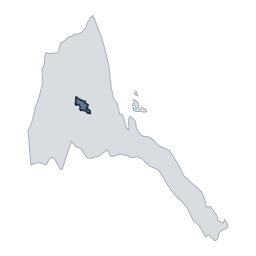 location of Hagaz, Anseba, Eritrea
{"feature_id": "51966322B93716709446742", "entity_name": "Hagaz", "entity_type": "district", "adm_level": 2, "iso_a3": "ERI", "parent_name": "Eritrea", "parent_adm1": "Anseba", "projection": "equal_earth", "projection_center": [38.261, 15.755], "detail": "fine", "context": "in_parent", "style": "filled", "palette": "slate", "viewbox_px": 256, "rotation_deg": 0, "n_neighbors": 0, "source": "geoboundaries", "source_scale": "gbopen_adm2", "svg_char_len": 5079}
<svg xmlns="http://www.w3.org/2000/svg" viewBox="0 0 256 256"><path d="M30.9,165.0L29.9,153.5L29.3,145.8L28.7,137.6L28.0,130.0L30.9,125.2L32.2,120.7L35.6,106.2L37.0,103.3L39.6,95.5L40.0,93.2L42.7,83.4L42.4,76.9L41.9,70.3L43.4,66.4L44.6,63.3L44.6,60.7L45.1,54.5L45.6,53.0L47.1,52.9L50.3,53.7L52.7,53.1L55.4,53.1L57.5,52.9L58.7,51.0L60.4,43.9L61.5,42.4L62.4,42.0L64.8,40.7L66.8,38.6L68.5,37.1L69.1,36.8L70.9,36.6L72.6,35.7L73.5,34.7L75.7,33.9L77.9,34.4L79.3,33.5L80.3,32.9L81.4,32.9L82.4,32.1L82.8,30.8L83.5,30.0L85.2,28.1L86.0,26.8L86.3,25.4L86.7,24.4L87.4,22.6L90.4,18.0L93.0,15.4L101.9,38.3L105.6,51.9L108.8,66.1L111.2,87.5L113.5,98.4L117.2,103.8L119.7,113.9L121.9,114.3L123.4,117.1L126.1,126.7L128.1,130.2L129.1,127.2L128.9,125.4L128.2,122.5L128.9,118.7L130.3,116.4L133.8,119.5L135.6,121.9L136.1,126.6L136.9,129.2L140.5,134.7L143.5,136.3L147.5,136.7L150.7,137.9L153.4,139.9L158.3,145.5L169.6,150.5L178.7,165.6L184.1,176.0L201.7,191.9L204.7,199.5L206.4,207.0L210.1,206.6L216.4,214.8L218.3,221.0L223.5,223.3L224.4,219.6L226.9,222.6L228.0,227.3L224.6,229.1L221.0,230.8L220.5,230.7L219.3,232.9L217.6,238.8L215.7,240.5L214.7,240.6L208.9,235.1L208.0,234.8L206.8,235.9L205.9,237.0L203.2,232.8L201.3,229.1L198.5,224.7L195.9,222.8L193.1,220.3L190.3,214.5L187.4,208.1L183.2,202.9L175.3,195.4L168.1,185.9L162.6,176.0L159.0,170.9L157.5,169.5L150.2,166.3L145.1,161.8L141.1,158.0L138.7,157.0L136.4,156.9L131.4,157.7L127.2,155.3L125.5,155.3L122.7,154.6L120.5,153.8L118.0,154.8L112.7,156.5L110.6,156.1L109.4,153.8L108.7,152.0L106.9,150.1L105.4,150.1L104.6,151.8L99.1,156.0L89.9,158.3L87.7,158.1L86.1,156.5L81.5,149.3L80.2,148.1L79.1,148.0L77.0,147.2L75.0,145.8L73.2,142.8L71.4,141.2L69.5,146.9L66.2,157.0L64.4,162.4L62.1,169.4L61.4,169.6L60.2,169.1L55.6,160.4L52.7,157.1L50.6,157.4L49.0,159.1L48.0,161.9L46.9,163.7L45.8,164.4L43.3,164.1L39.4,162.7L35.5,163.0L31.4,165.0L30.9,165.0ZM138.6,107.4L139.8,109.5L140.7,109.3L141.3,108.6L141.8,107.1L146.5,110.1L146.3,112.0L143.4,112.1L140.2,111.3L137.2,111.6L133.6,110.7L132.8,107.4L135.1,109.0L136.3,108.6L136.5,108.2L134.9,105.9L132.6,105.5L132.7,103.7L133.7,103.0L134.4,102.1L133.1,99.7L135.6,100.2L137.2,101.7L138.3,103.4L138.6,107.4ZM136.6,91.9L137.6,95.8L134.7,94.3L134.2,93.5L135.5,92.0L135.8,91.1L136.6,91.9Z" fill="#d9dde1" stroke="#a8b0b8" stroke-width="1"/><path d="M88.2,105.0L88.1,104.9L87.9,104.8L87.7,104.7L87.4,104.5L87.2,104.5L87.1,104.4L87.0,104.1L86.8,103.9L86.6,103.7L86.4,103.6L86.2,103.6L85.9,103.5L85.7,103.5L85.5,103.4L85.4,103.3L85.2,103.3L85.1,103.1L85.0,102.7L85.0,102.3L85.0,102.1L85.0,101.9L85.1,101.7L85.4,101.5L85.5,101.5L85.5,101.4L85.4,101.3L85.2,101.3L84.9,101.4L84.7,101.4L84.5,101.2L84.3,101.2L84.2,101.2L83.9,101.2L83.7,101.2L83.4,100.9L83.2,100.8L83.0,100.7L82.9,100.6L82.7,100.6L82.4,100.7L82.2,100.7L81.9,100.7L81.7,100.6L81.4,100.5L81.4,100.4L81.3,100.2L81.2,100.1L81.1,99.9L80.9,99.9L80.7,99.7L80.4,99.5L80.2,99.5L80.1,99.4L79.9,99.4L79.6,99.3L79.4,99.4L79.1,99.1L78.9,99.0L78.8,98.9L78.6,98.7L78.4,98.6L78.2,98.4L78.1,98.2L77.8,98.0L77.7,97.9L77.4,97.9L77.1,97.7L76.9,97.4L76.7,97.2L76.5,96.9L76.3,96.5L76.3,96.4L76.2,96.6L76.2,96.9L76.1,97.0L76.0,97.4L75.9,97.6L75.9,97.8L75.8,98.2L75.8,98.3L75.8,98.6L75.7,98.8L75.7,99.2L75.7,99.4L75.7,99.5L75.7,100.0L75.7,100.3L75.7,100.5L75.7,100.9L75.8,101.0L75.8,101.7L75.7,101.9L75.7,102.1L75.7,102.3L75.6,102.6L75.6,102.8L75.5,103.0L75.4,103.0L75.4,103.3L75.3,103.5L75.4,103.9L75.4,104.0L75.5,104.4L75.5,104.6L75.6,104.9L75.7,105.0L75.8,105.1L76.2,105.2L76.3,105.2L76.6,105.1L76.8,104.8L76.8,104.7L77.0,104.8L77.3,104.8L77.3,104.7L77.5,104.6L77.8,104.8L78.0,104.8L78.2,104.6L78.3,104.5L78.4,104.4L78.5,104.4L78.6,104.5L78.8,104.7L78.9,104.9L79.0,105.0L79.3,105.4L79.5,105.5L79.8,105.9L79.9,106.0L80.0,106.3L80.1,106.6L80.1,106.8L80.3,107.1L80.3,107.4L80.3,107.5L80.3,107.8L80.2,108.0L80.0,108.4L80.0,108.6L79.9,108.6L79.9,108.8L80.0,108.8L80.0,109.0L80.0,109.3L80.1,109.5L80.2,109.8L80.3,109.9L80.4,110.0L80.5,110.2L80.5,110.3L80.6,110.5L80.9,110.5L81.1,110.4L81.4,110.1L81.5,110.1L81.8,110.0L82.0,110.1L82.3,110.3L82.5,110.3L82.7,110.2L82.8,110.2L83.0,110.1L83.3,110.2L83.4,110.3L83.5,110.3L83.6,110.5L83.8,110.6L84.0,110.6L84.3,110.5L84.5,110.6L85.0,110.8L85.1,111.0L85.3,111.0L85.5,111.1L85.9,111.3L86.1,111.5L86.3,111.7L86.4,111.8L86.5,111.8L86.6,112.0L86.8,112.1L86.9,112.4L87.0,112.4L87.0,112.5L87.3,112.8L87.6,113.1L87.8,113.2L88.0,113.3L88.3,113.4L88.6,113.3L88.9,113.3L89.0,113.2L89.0,112.9L89.3,113.0L89.5,113.1L89.8,113.3L90.0,113.4L90.0,113.5L90.3,113.6L90.4,113.4L90.4,113.2L90.3,112.8L90.3,112.6L90.3,112.3L90.3,112.1L90.3,111.9L90.2,111.8L90.2,111.6L90.2,111.4L90.2,111.2L89.9,110.9L89.9,110.7L89.7,110.2L89.4,109.9L88.9,109.9L88.7,109.9L88.3,109.9L88.2,109.9L87.9,109.9L87.7,109.8L87.6,109.7L87.6,109.4L87.7,109.2L87.8,109.1L87.7,109.0L87.7,108.9L87.6,109.0L87.6,108.9L87.4,108.9L87.0,108.8L86.9,108.8L86.8,108.7L86.6,108.7L86.3,108.6L86.2,108.7L86.2,108.3L86.3,108.2L86.5,107.9L87.1,107.1L87.2,106.9L87.4,106.6L87.5,106.4L87.6,106.2L87.8,105.9L88.0,105.6L88.1,105.3L88.1,105.2L88.2,105.0Z" fill="#64748b" stroke="#1e293b" stroke-width="1.5"/></svg>